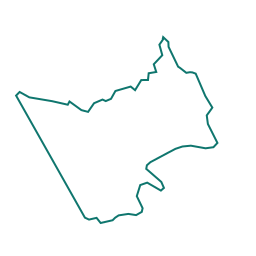 East Baton Rouge, Louisiana, United States of America, rotated 243°
{"feature_id": "52423323B9154242656865", "entity_name": "East Baton Rouge", "entity_type": "district", "adm_level": 2, "iso_a3": "USA", "parent_name": "United States of America", "parent_adm1": "Louisiana", "projection": "natural_earth1", "projection_center": [-91.099, 30.518], "detail": "fine", "context": "isolated", "style": "outline", "palette": "teal", "viewbox_px": 256, "rotation_deg": 243, "n_neighbors": 0, "source": "geoboundaries", "source_scale": "gbopen_adm2", "svg_char_len": 944}
<svg xmlns="http://www.w3.org/2000/svg" viewBox="0 0 256 256"><g transform="rotate(243 128 128)"><path d="M52.8,72.4L53.9,75.8L54.4,80.0L51.3,89.3L46.7,95.7L47.0,102.2L49.9,104.6L63.3,104.9L71.6,113.0L70.6,120.3L57.3,128.9L58.3,132.8L64.8,133.2L74.0,129.5L83.3,125.7L86.2,127.9L87.4,132.5L87.8,153.2L87.8,155.3L87.9,160.8L86.8,168.1L83.7,176.0L74.7,187.9L72.1,195.4L74.1,200.9L95.3,201.0L103.5,203.9L106.5,209.8L107.9,212.4L121.4,211.4L145.7,213.0L148.3,210.6L149.6,208.5L150.7,205.0L158.0,201.6L159.9,200.5L181.9,201.0L186.3,203.0L193.0,200.6L191.7,199.5L191.0,199.4L188.0,193.8L177.3,191.6L173.1,179.9L165.1,178.6L167.4,171.3L161.7,167.6L164.7,161.6L158.5,151.5L163.7,149.2L166.7,133.6L161.7,126.1L162.1,120.4L164.9,118.2L165.5,109.0L160.5,99.7L165.1,94.6L178.2,87.9L176.1,84.9L186.4,72.5L200.1,54.0L209.3,47.8L207.7,43.0L137.1,46.0L67.7,48.9L64.1,51.7L62.2,59.2L55.8,60.5L52.8,72.4Z" fill="none" stroke="#0f766e" stroke-width="2"/></g></svg>